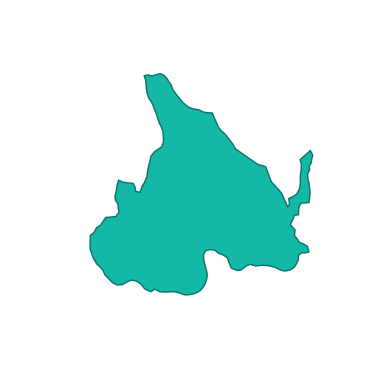 outline of Cruzeiro da Fortaleza, Minas Gerais, Brazil, rotated 323°
{"feature_id": "56859067B23178388269871", "entity_name": "Cruzeiro da Fortaleza", "entity_type": "district", "adm_level": 2, "iso_a3": "BRA", "parent_name": "Brazil", "parent_adm1": "Minas Gerais", "projection": "natural_earth1", "projection_center": [-46.666, -18.961], "detail": "fine", "context": "isolated", "style": "filled", "palette": "teal", "viewbox_px": 384, "rotation_deg": 323, "n_neighbors": 0, "source": "geoboundaries", "source_scale": "gbopen_adm2", "svg_char_len": 2341}
<svg xmlns="http://www.w3.org/2000/svg" viewBox="0 0 384 384"><g transform="rotate(323 192 192)"><path d="M311.4,230.1L304.5,230.7L297.8,231.3L295.8,236.0L292.3,240.3L288.4,244.1L284.3,249.5L281.4,252.9L278.3,255.0L274.3,256.7L269.5,256.4L265.3,255.5L262.6,260.4L259.4,261.6L261.3,253.4L262.8,247.1L262.6,242.9L261.5,231.3L266.0,216.3L263.9,213.0L261.3,210.0L256.8,196.5L252.7,183.9L253.4,177.9L253.2,165.3L252.2,161.4L252.1,155.9L255.7,141.1L252.8,138.6L249.6,135.6L247.0,130.7L243.4,126.8L240.5,122.7L239.3,118.5L238.5,114.6L238.4,109.7L238.2,105.5L238.2,99.2L239.8,93.5L240.2,86.8L239.8,81.7L237.7,78.3L233.4,76.6L229.7,75.1L227.4,72.1L223.9,70.4L222.1,75.3L220.1,78.5L217.8,82.0L215.6,86.2L214.0,91.1L213.6,97.6L211.7,103.7L210.1,109.7L208.5,113.8L207.3,117.5L206.7,121.7L205.1,126.4L202.6,130.3L199.8,134.3L195.3,137.7L190.6,137.5L186.3,137.3L180.5,138.8L177.1,142.0L172.6,145.5L168.9,148.9L165.4,152.4L161.0,155.2L155.2,157.8L150.3,161.0L147.4,157.6L149.4,153.8L150.1,149.7L146.1,146.0L142.8,142.6L140.4,138.5L136.3,141.5L131.8,146.0L128.0,149.0L125.9,152.4L125.8,156.8L123.5,160.4L121.3,164.4L116.5,165.7L111.8,163.1L107.8,160.4L103.5,161.9L99.1,163.4L94.2,163.1L89.2,165.5L84.8,165.5L81.9,168.9L79.1,172.5L76.0,177.1L74.8,181.1L73.3,185.8L72.7,192.2L73.4,196.3L73.8,200.7L72.6,206.1L73.3,211.0L74.0,216.8L76.5,221.5L80.9,224.1L86.7,224.9L90.3,225.8L93.7,229.0L95.7,234.3L96.0,241.1L99.2,246.9L103.7,247.1L106.5,252.5L110.7,256.0L114.2,258.3L117.5,260.6L120.9,264.6L124.0,269.4L127.1,271.8L131.3,274.0L136.1,275.5L139.6,275.5L142.9,274.9L146.4,273.7L149.6,271.7L153.4,268.5L155.4,265.4L157.3,261.0L159.4,255.5L161.5,251.8L163.7,248.9L167.6,247.0L171.9,248.9L175.3,252.3L176.4,256.9L178.9,260.9L180.7,265.8L179.3,269.8L177.6,276.4L180.9,281.9L184.1,283.7L191.2,283.8L194.8,284.6L198.4,289.4L204.2,292.9L208.7,296.8L213.2,302.3L215.7,307.6L218.6,311.0L223.7,313.4L228.4,313.6L232.4,312.1L236.0,310.2L238.9,306.7L242.9,306.5L245.6,308.7L249.3,310.2L251.4,305.0L249.6,300.2L247.4,296.9L247.7,292.7L247.6,288.4L251.4,284.5L250.8,277.1L256.2,274.5L259.9,272.1L263.3,274.3L266.0,270.9L268.9,267.9L272.7,266.6L275.8,268.8L279.2,270.7L281.9,267.9L285.6,264.0L288.2,259.8L290.6,255.5L292.5,251.0L295.3,247.0L298.9,245.4L301.3,241.8L304.7,240.5L307.5,237.7L310.5,235.4L311.4,230.1Z" fill="#14b8a6" stroke="#0f766e" stroke-width="1.5"/></g></svg>